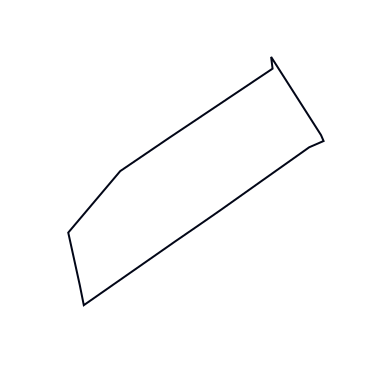 Cajueiro, Alagoas, Brazil (Robinson projection), rotated 217°
{"feature_id": "56859067B55731035935340", "entity_name": "Cajueiro", "entity_type": "district", "adm_level": 2, "iso_a3": "BRA", "parent_name": "Brazil", "parent_adm1": "Alagoas", "projection": "robinson", "projection_center": [-36.169, -9.389], "detail": "fine", "context": "isolated", "style": "outline", "palette": "ink", "viewbox_px": 384, "rotation_deg": 217, "n_neighbors": 0, "source": "geoboundaries", "source_scale": "gbopen_adm2", "svg_char_len": 355}
<svg xmlns="http://www.w3.org/2000/svg" viewBox="0 0 384 384"><g transform="rotate(217 192 192)"><path d="M210.1,347.5L201.9,339.0L242.8,221.6L261.9,165.5L266.4,85.1L225.7,50.2L210.3,36.5L175.7,142.4L166.0,171.4L158.2,195.1L143.4,241.6L137.3,260.7L125.3,298.3L117.6,311.9L123.2,315.1L210.1,347.5Z" fill="none" stroke="#020617" stroke-width="2"/></g></svg>